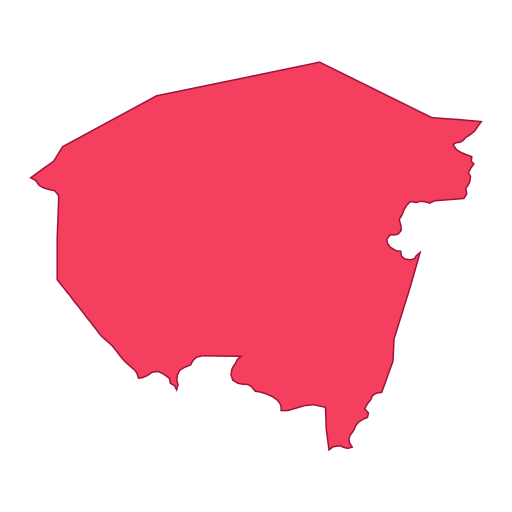 the district of Guajeru, Bahia, Brazil
{"feature_id": "56859067B64963920888625", "entity_name": "Guajeru", "entity_type": "district", "adm_level": 2, "iso_a3": "BRA", "parent_name": "Brazil", "parent_adm1": "Bahia", "projection": "orthographic", "projection_center": [-41.967, -14.579], "detail": "fine", "context": "isolated", "style": "filled", "palette": "rose", "viewbox_px": 512, "rotation_deg": 0, "n_neighbors": 0, "source": "geoboundaries", "source_scale": "gbopen_adm2", "svg_char_len": 2150}
<svg xmlns="http://www.w3.org/2000/svg" viewBox="0 0 512 512"><path d="M57.2,279.7L61.3,284.9L64.2,288.4L66.8,291.9L69.8,295.3L72.9,299.7L76.0,303.7L78.6,306.7L81.1,310.1L83.7,313.3L85.9,316.3L88.1,319.2L90.7,322.2L93.2,325.7L95.8,328.9L98.8,333.0L102.1,336.8L105.8,340.1L108.9,342.7L112.2,345.8L114.9,349.1L117.2,352.0L119.3,354.8L122.2,358.6L126.5,363.0L131.3,367.2L135.0,370.5L137.0,373.4L138.5,378.2L142.6,377.6L147.3,375.6L152.4,372.1L158.3,371.5L163.5,374.0L169.3,378.2L170.4,383.3L174.4,385.6L176.6,389.8L178.0,384.8L176.8,379.9L177.4,375.0L179.8,370.2L184.0,367.6L190.6,364.9L193.0,360.5L196.4,357.3L202.0,355.8L241.1,356.3L237.4,359.3L235.4,363.5L233.4,366.2L231.9,369.4L231.0,374.9L232.8,380.2L238.0,383.3L243.2,384.3L247.7,384.4L251.4,386.5L255.2,391.2L260.0,392.0L265.1,393.5L269.8,395.4L273.1,397.1L276.8,399.6L279.8,403.2L281.1,406.6L281.1,410.6L287.7,410.6L304.7,405.6L313.4,404.7L325.5,407.3L326.3,429.6L329.0,449.9L333.1,446.8L336.9,446.1L340.4,445.9L343.4,447.3L347.6,448.4L352.2,447.1L349.4,442.5L348.9,438.5L350.3,435.1L352.4,432.3L354.3,429.2L355.8,425.4L359.0,421.8L363.2,419.1L367.4,417.5L368.5,413.0L364.7,408.8L367.4,403.8L370.6,400.0L372.5,395.6L376.2,393.2L381.7,392.4L393.0,361.1L394.0,339.1L410.2,287.1L420.1,252.5L416.3,255.6L414.5,258.6L410.8,259.8L404.7,259.0L401.4,256.0L400.7,251.2L396.3,250.8L390.4,247.3L387.5,243.3L386.8,239.3L390.1,234.9L394.6,234.9L398.3,233.9L401.2,230.5L400.9,225.4L399.2,219.5L402.3,214.4L404.0,209.7L407.1,204.7L410.6,201.5L416.3,202.5L420.4,201.3L424.6,201.7L429.9,203.1L434.5,200.8L463.9,198.5L466.7,194.0L465.8,188.3L468.0,185.4L469.8,181.6L470.5,176.5L468.4,172.7L470.7,168.3L473.9,164.0L471.3,161.3L471.8,156.7L464.7,154.0L460.9,152.3L456.6,149.8L453.1,144.6L456.2,142.7L459.9,142.3L462.9,140.6L465.6,137.6L470.4,134.5L474.8,130.9L477.7,126.5L481.3,121.6L458.2,119.5L447.4,118.8L431.8,117.6L417.6,110.6L406.5,105.1L319.5,62.1L316.2,62.9L299.1,66.4L229.5,80.8L156.5,95.8L146.2,101.4L62.6,146.7L53.7,161.2L44.0,168.0L30.7,177.8L35.7,180.5L39.0,185.2L43.5,187.9L49.3,189.6L54.8,190.8L58.6,195.5L58.6,201.0L57.2,237.6L57.2,279.7Z" fill="#f43f5e" stroke="#9f1239" stroke-width="1.5"/></svg>